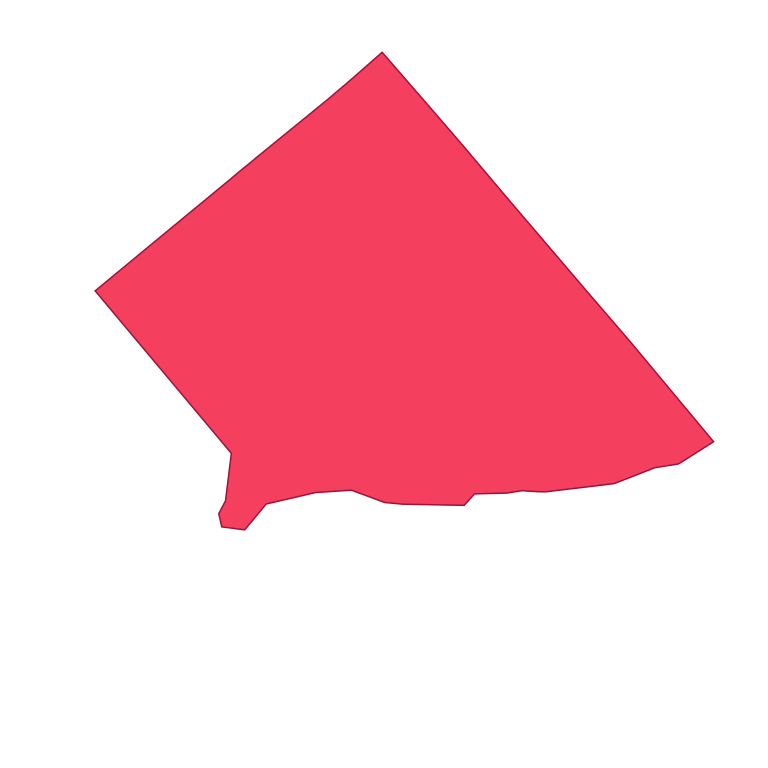 outline of Limestone, Alabama, United States of America, rotated 319°
{"feature_id": "52423323B63204194774288", "entity_name": "Limestone", "entity_type": "district", "adm_level": 2, "iso_a3": "USA", "parent_name": "United States of America", "parent_adm1": "Alabama", "projection": "equal_earth", "projection_center": [-86.962, 34.775], "detail": "fine", "context": "isolated", "style": "filled", "palette": "rose", "viewbox_px": 768, "rotation_deg": 319, "n_neighbors": 0, "source": "geoboundaries", "source_scale": "gbopen_adm2", "svg_char_len": 699}
<svg xmlns="http://www.w3.org/2000/svg" viewBox="0 0 768 768"><g transform="rotate(319 384 384)"><path d="M594.9,643.8L597.6,514.0L597.9,449.6L598.0,437.1L598.8,352.2L598.8,348.0L599.1,316.3L600.0,256.6L600.2,200.1L600.2,132.4L567.8,132.6L554.2,132.6L545.3,132.5L542.4,132.4L537.8,132.4L531.6,132.4L439.9,129.5L437.2,129.4L435.1,129.3L433.6,129.4L411.2,128.7L401.4,128.6L304.1,126.1L227.1,124.2L223.3,336.2L187.7,368.2L174.2,373.5L167.8,385.4L183.2,402.7L216.4,397.3L261.1,421.0L289.7,442.7L306.7,473.8L319.2,486.9L364.9,528.2L380.2,526.3L405.4,547.1L418.1,555.0L428.4,565.2L434.9,571.2L492.4,610.2L533.6,624.9L553.9,637.6L594.9,643.8Z" fill="#f43f5e" stroke="#9f1239" stroke-width="1.5"/></g></svg>